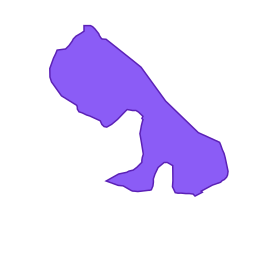 the district of El Mahalla El Kobra 2, Al Gharbiyah, Egypt, rotated 314°
{"feature_id": "37247803B13399468350664", "entity_name": "El Mahalla El Kobra 2", "entity_type": "district", "adm_level": 2, "iso_a3": "EGY", "parent_name": "Egypt", "parent_adm1": "Al Gharbiyah", "projection": "albers", "projection_center": [31.148, 30.971], "detail": "fine", "context": "isolated", "style": "filled", "palette": "violet", "viewbox_px": 256, "rotation_deg": 314, "n_neighbors": 0, "source": "geoboundaries", "source_scale": "gbopen_adm2", "svg_char_len": 1526}
<svg xmlns="http://www.w3.org/2000/svg" viewBox="0 0 256 256"><g transform="rotate(314 128 128)"><path d="M181.3,203.8L173.5,181.8L173.5,174.3L173.5,150.5L173.5,136.4L176.3,120.5L180.8,95.2L179.9,84.8L176.6,50.6L174.0,47.5L174.0,46.0L174.5,43.8L174.8,42.9L175.5,41.4L176.3,35.3L176.3,32.2L175.6,29.9L171.1,25.2L167.1,29.1L163.3,28.3L157.9,26.8L154.1,26.8L151.8,27.5L146.4,28.3L141.5,28.2L134.8,22.9L131.1,24.4L126.5,25.9L116.5,30.4L112.7,34.2L110.4,36.5L108.0,41.0L107.6,43.3L106.3,50.2L104.9,57.8L108.7,75.4L107.9,76.9L106.4,78.5L105.6,81.5L107.1,84.6L108.6,89.2L110.1,92.2L113.9,103.0L112.4,106.8L112.4,109.8L113.9,112.1L119.3,113.7L126.9,114.5L130.8,114.5L139.2,114.5L140.7,114.6L142.3,116.9L143.8,119.2L145.3,120.7L146.1,121.5L146.8,124.5L146.8,130.6L144.5,131.4L144.5,132.9L143.0,133.7L139.1,135.9L136.8,137.5L132.2,140.5L125.9,149.1L119.8,157.2L116.8,158.7L114.5,160.3L112.9,161.8L106.0,161.7L101.4,161.0L97.6,158.6L95.3,157.9L88.4,153.2L74.7,149.1L79.9,160.8L83.0,164.7L85.3,173.9L86.0,175.4L86.8,176.2L89.1,179.2L97.5,186.1L98.3,186.9L99.8,187.7L103.6,186.2L106.7,183.9L109.0,181.6L113.6,179.4L120.5,177.1L128.2,177.9L130.5,180.2L132.0,186.3L128.2,190.1L121.2,197.0L116.6,200.8L116.1,202.2L114.3,206.9L115.8,209.2L118.1,211.5L121.1,215.3L123.4,217.6L125.7,220.7L125.6,223.5L133.4,226.1L133.4,224.5L145.6,228.4L153.3,232.3L155.6,232.3L157.9,233.1L161.0,233.1L163.3,232.3L166.3,230.1L167.2,228.8L174.1,218.6L176.4,214.8L177.9,211.0L180.2,206.4L181.3,203.8Z" fill="#8b5cf6" stroke="#5b21b6" stroke-width="1.5"/></g></svg>